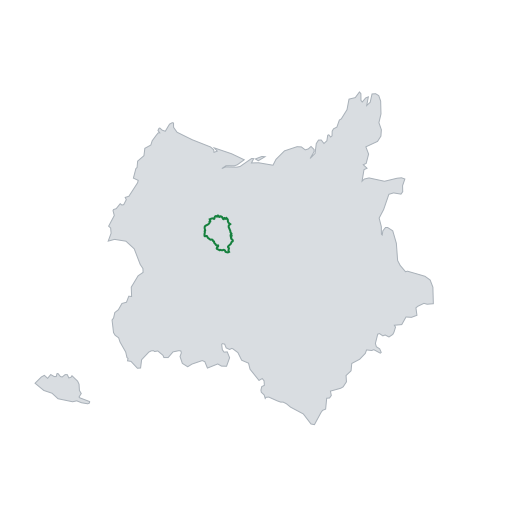 France, with Corrèze highlighted, rotated 104°
{"feature_id": "FRA-5280", "entity_name": "Corrèze", "entity_type": "Metropolitan department", "adm_level": 1, "iso_a3": "FRA", "parent_name": "France", "parent_adm1": "", "projection": "mercator", "projection_center": [1.862, 45.347], "detail": "fine", "context": "in_parent", "style": "outline", "palette": "green", "viewbox_px": 512, "rotation_deg": 104, "n_neighbors": 0, "source": "natural_earth", "source_scale": "10m", "svg_char_len": 6513}
<svg xmlns="http://www.w3.org/2000/svg" viewBox="0 0 512 512"><g transform="rotate(104 256 256)"><path d="M392.0,212.6L388.9,214.4L386.9,217.9L384.9,218.8L381.3,218.8L379.5,216.6L375.1,218.0L373.4,220.3L376.0,223.0L367.3,234.4L361.8,237.3L360.6,244.7L354.1,250.2L351.7,255.9L351.5,257.1L353.1,259.0L352.4,262.7L349.1,265.1L349.2,267.5L350.1,267.9L355.1,266.0L357.0,263.7L356.0,260.7L361.1,257.0L370.1,257.9L371.2,262.9L370.0,267.0L376.5,276.0L370.9,280.1L370.5,282.9L376.3,291.9L380.0,295.5L378.0,301.5L371.9,305.4L368.0,305.0L366.3,306.0L366.5,307.9L369.1,313.3L375.8,316.7L376.8,320.8L374.9,322.2L371.9,328.3L373.2,331.3L372.7,332.6L373.4,334.7L375.1,336.7L384.3,341.9L392.6,340.9L393.6,343.9L388.5,351.8L388.8,355.3L386.3,355.4L385.8,356.6L380.7,359.2L372.4,367.1L368.6,369.5L367.0,373.5L364.8,375.7L352.9,380.2L350.7,379.2L345.0,379.3L341.4,376.5L334.5,374.6L332.2,370.5L325.8,369.7L325.4,366.9L316.4,369.5L303.7,365.6L299.2,361.6L295.5,362.7L292.2,366.3L278.5,375.9L273.1,385.8L274.1,397.3L277.3,403.0L269.0,402.1L264.0,403.8L262.7,406.2L251.0,403.3L246.6,405.7L245.4,405.5L243.9,403.1L238.1,400.4L239.0,398.5L238.2,396.8L232.7,395.5L230.8,397.1L228.8,393.8L213.6,388.6L211.1,388.6L210.1,393.8L200.3,393.7L198.9,392.8L192.6,393.8L185.8,389.0L178.4,389.9L173.8,384.9L169.3,384.6L163.0,382.0L160.2,380.7L159.8,379.2L157.9,381.5L155.6,381.0L155.1,380.3L156.6,377.5L156.9,374.2L149.0,371.8L146.9,369.5L146.9,368.2L151.1,367.1L155.0,362.6L158.6,346.2L161.2,326.5L163.1,322.8L165.6,321.8L163.6,319.0L161.2,322.6L162.7,304.4L165.5,290.7L172.1,296.3L173.7,298.8L175.6,306.9L179.4,310.3L176.9,307.0L174.5,296.2L173.0,293.1L162.5,283.9L162.1,281.8L166.8,282.9L164.9,276.0L163.8,261.5L157.4,260.0L147.1,253.8L140.0,242.6L139.2,238.4L141.1,233.9L139.4,231.1L136.4,229.1L138.7,225.3L140.8,224.9L148.3,227.1L142.2,223.5L132.4,224.7L128.4,223.4L127.7,220.7L130.4,217.3L127.1,215.1L121.5,215.6L120.8,214.7L122.5,212.3L121.0,211.3L116.4,212.3L113.8,211.5L111.4,208.7L103.9,208.0L102.3,206.4L92.0,203.1L81.3,203.7L78.3,198.0L71.8,195.3L73.1,193.5L79.6,191.8L80.9,190.2L76.1,187.8L74.4,185.5L83.2,185.0L79.2,182.4L70.7,182.6L69.6,179.2L70.7,175.7L75.6,172.5L87.9,169.1L96.9,169.0L103.2,164.9L109.5,163.8L115.4,165.8L123.5,175.8L129.9,171.4L139.5,171.5L141.5,174.0L144.0,169.5L146.1,172.1L157.8,171.2L155.1,169.5L152.9,165.2L152.4,149.4L146.4,137.9L144.9,133.7L145.3,130.2L152.3,130.8L158.1,129.2L160.9,130.3L161.5,137.8L164.0,142.0L180.1,143.4L189.4,145.7L197.2,141.5L204.5,139.6L205.1,138.6L200.9,139.0L197.0,137.2L196.5,135.2L198.5,129.4L209.7,122.9L226.1,117.5L230.3,113.8L235.1,107.1L234.1,105.4L234.8,87.2L237.2,81.2L243.5,76.8L259.4,72.4L261.4,78.3L261.3,81.6L265.5,86.7L267.6,88.3L274.6,85.5L277.9,90.3L278.9,95.7L287.3,98.0L289.7,105.0L291.3,103.4L296.5,103.7L299.0,104.3L302.4,107.4L301.4,111.6L302.8,113.6L301.4,117.4L302.4,119.0L312.0,119.0L314.9,117.3L316.2,113.5L319.2,111.2L320.2,111.9L318.4,119.0L319.7,120.9L320.4,126.0L324.1,126.4L331.1,130.4L337.1,137.1L344.4,136.0L350.2,139.7L356.2,137.8L361.9,139.8L363.8,141.8L369.1,151.1L373.1,149.2L376.0,150.3L376.9,153.0L387.7,151.4L389.7,154.1L391.9,155.0L405.5,158.5L405.7,162.0L397.8,171.9L394.3,185.9L392.0,190.7L391.2,194.3L391.8,196.7L391.4,200.5L389.8,209.5L390.7,212.1L392.0,212.6ZM440.6,389.7L439.9,394.9L441.8,398.7L442.4,413.6L438.5,420.7L437.8,429.4L432.9,439.6L425.3,435.0L423.0,432.5L425.1,428.6L420.7,426.5L421.8,422.7L421.3,420.7L418.2,420.6L418.0,419.6L420.3,416.6L420.3,414.8L417.3,412.5L416.8,410.4L419.6,408.1L418.3,406.1L416.7,405.6L420.6,398.8L423.2,396.7L429.2,394.8L431.7,392.3L435.6,393.6L436.2,393.0L437.5,382.2L438.9,382.0L440.1,383.5L440.6,389.7ZM163.0,276.8L162.0,280.1L158.0,274.4L157.5,271.3L163.0,276.8Z" fill="#d9dde1" stroke="#a8b0b8" stroke-width="1"/><path d="M242.2,285.6L242.4,285.6L243.4,285.1L243.0,284.6L243.7,284.6L245.2,284.3L245.5,283.6L245.9,283.0L246.3,282.4L246.8,282.2L247.2,282.2L247.4,282.2L247.6,282.4L248.1,282.9L248.4,283.1L250.3,283.4L253.3,285.3L253.6,285.4L254.0,285.3L254.3,285.2L254.6,284.9L255.0,284.1L257.1,284.1L257.7,283.8L258.5,283.1L259.2,283.9L259.4,284.5L259.4,285.3L259.4,285.9L259.3,286.3L259.3,286.5L259.2,286.6L259.1,286.8L258.5,287.1L258.3,287.3L258.1,287.5L257.8,288.7L257.9,289.0L258.0,289.3L258.5,289.8L258.6,290.2L258.7,290.6L258.7,291.3L258.7,291.8L258.7,292.2L258.8,292.3L259.2,292.6L258.7,294.9L258.5,295.7L258.3,295.9L258.1,296.0L257.2,295.9L256.6,295.6L256.2,295.3L256.0,295.1L255.9,295.1L255.7,295.1L255.1,295.2L254.9,295.3L254.9,295.5L255.0,295.7L255.2,295.8L255.3,295.9L255.3,296.0L255.4,296.3L255.3,296.5L255.0,297.3L254.8,297.8L254.7,297.9L254.5,298.0L254.3,298.1L253.5,299.5L253.3,299.7L252.8,300.0L252.3,300.1L252.1,300.2L252.1,300.4L251.9,301.1L251.8,301.3L250.8,302.1L250.8,302.4L250.7,302.6L250.7,302.9L250.8,303.2L251.0,303.5L251.2,304.1L251.1,304.5L250.6,305.7L250.4,306.0L250.3,306.4L250.1,306.9L249.9,307.2L249.7,307.4L248.7,308.2L248.5,308.5L248.5,308.8L248.6,309.0L249.1,310.0L249.2,310.3L249.2,310.5L249.0,310.8L248.8,310.9L247.9,311.0L247.3,311.3L245.9,311.3L245.3,311.4L245.2,311.4L244.5,311.8L244.3,311.8L244.2,311.8L244.1,311.6L243.8,311.5L243.6,311.5L243.3,311.5L241.9,312.4L240.5,312.8L239.9,312.8L239.6,312.8L239.5,312.6L239.3,312.5L239.1,312.3L238.8,312.1L238.3,311.8L238.1,311.6L238.0,311.4L237.9,311.2L237.7,310.9L236.9,310.1L236.0,309.5L235.6,309.3L234.8,309.1L234.5,309.1L233.9,309.4L233.7,309.1L233.6,308.9L233.5,308.7L233.3,308.7L233.1,308.8L232.9,309.1L232.4,309.3L232.1,309.5L231.6,309.8L231.3,309.3L230.9,308.9L230.7,308.6L230.5,308.2L230.2,307.8L230.0,307.2L229.9,306.9L230.0,306.6L230.0,306.4L230.1,306.1L230.2,305.7L229.8,305.4L228.4,305.5L228.1,305.4L227.7,305.3L227.2,305.0L227.0,304.7L226.9,304.4L227.0,304.2L227.2,303.8L227.3,303.5L227.2,303.2L226.8,303.0L226.3,303.0L226.0,302.9L225.9,302.7L226.0,302.3L226.1,302.1L226.8,301.5L227.0,301.3L227.0,301.0L226.9,300.7L226.5,300.5L226.1,300.2L226.0,299.9L226.0,299.7L226.2,299.2L226.2,298.8L226.3,298.5L226.5,298.3L226.9,298.1L227.3,297.5L227.9,297.0L228.1,296.8L228.2,296.5L228.1,296.2L227.8,296.1L227.5,296.2L227.3,296.2L227.0,296.2L226.8,295.9L226.7,295.7L226.8,295.4L226.9,295.2L227.0,294.9L227.2,294.7L227.3,294.3L227.2,294.1L226.8,293.9L226.5,294.0L226.3,293.9L226.5,293.5L227.0,292.7L227.7,292.1L228.3,291.9L228.8,291.8L229.3,291.6L230.3,290.8L230.6,290.3L231.3,288.7L232.9,289.8L234.4,289.6L237.9,287.0L239.2,286.5L239.7,286.0L239.9,285.6L240.2,285.2L240.7,285.2L240.9,285.3L241.2,285.6L241.4,285.7L241.8,285.6L242.0,285.6L242.2,285.6Z" fill="none" stroke="#15803d" stroke-width="2"/></g></svg>